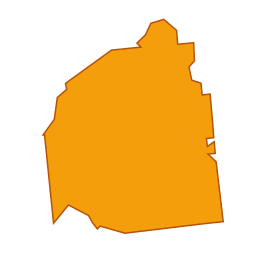 Gilmer, Georgia, United States of America, rotated 264°
{"feature_id": "52423323B63727267020347", "entity_name": "Gilmer", "entity_type": "district", "adm_level": 2, "iso_a3": "USA", "parent_name": "United States of America", "parent_adm1": "Georgia", "projection": "mercator", "projection_center": [-84.424, 34.703], "detail": "fine", "context": "isolated", "style": "filled", "palette": "amber", "viewbox_px": 256, "rotation_deg": 264, "n_neighbors": 0, "source": "geoboundaries", "source_scale": "gbopen_adm2", "svg_char_len": 613}
<svg xmlns="http://www.w3.org/2000/svg" viewBox="0 0 256 256"><g transform="rotate(264 128 128)"><path d="M41.1,44.0L57.6,60.7L45.1,79.6L37.2,83.0L30.8,87.0L33.4,89.9L23.7,113.8L24.9,194.1L24.9,212.9L85.2,212.1L93.7,204.8L93.6,212.1L105.4,212.3L101.3,205.0L109.4,204.9L109.4,212.3L123.3,212.7L153.2,213.2L153.1,205.2L164.9,205.3L168.9,196.4L182.3,195.0L187.8,201.1L205.9,202.2L206.1,186.2L220.0,186.5L232.3,174.9L229.8,161.7L218.8,155.1L211.5,145.8L207.1,149.2L207.2,119.7L178.9,70.5L172.8,71.0L165.7,60.9L144.3,55.6L130.0,42.8L129.9,44.3L41.1,44.0Z" fill="#f59e0b" stroke="#b45309" stroke-width="1.5"/></g></svg>